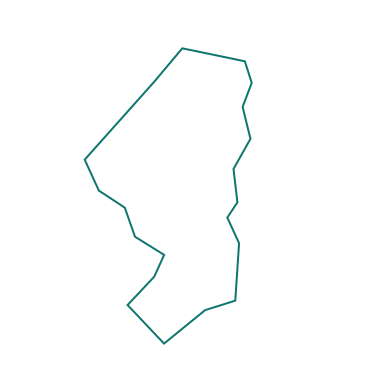 map outline of Paranaque (Robinson projection), rotated 220°
{"feature_id": "PHL-5555", "entity_name": "Paranaque", "entity_type": "Highly Urbanized City", "adm_level": 1, "iso_a3": "PHL", "parent_name": "Philippines", "parent_adm1": "", "projection": "robinson", "projection_center": [121.013, 14.486], "detail": "fine", "context": "isolated", "style": "outline", "palette": "teal", "viewbox_px": 384, "rotation_deg": 220, "n_neighbors": 0, "source": "natural_earth", "source_scale": "10m", "svg_char_len": 414}
<svg xmlns="http://www.w3.org/2000/svg" viewBox="0 0 384 384"><g transform="rotate(220 192 192)"><path d="M89.0,136.6L106.0,110.0L116.0,57.9L168.7,64.0L166.5,102.9L172.9,125.9L206.9,121.1L233.4,136.8L264.2,133.2L295.0,147.8L291.8,252.1L291.8,295.8L235.5,326.1L216.4,314.0L207.9,289.7L181.4,270.3L175.0,236.3L150.6,213.3L148.5,195.1L123.0,183.0L89.0,136.6Z" fill="none" stroke="#0f766e" stroke-width="2"/></g></svg>